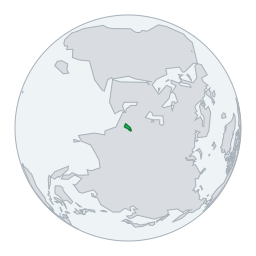 globe centered on Hilmand, rotated 112°
{"feature_id": "AFG-1750", "entity_name": "Hilmand", "entity_type": "Province", "adm_level": 1, "iso_a3": "AFG", "parent_name": "Afghanistan", "parent_adm1": "", "projection": "orthographic", "projection_center": [64.341, 31.376], "detail": "fine", "context": "on_globe", "style": "filled", "palette": "green", "viewbox_px": 256, "rotation_deg": 112, "n_neighbors": 0, "source": "natural_earth", "source_scale": "10m", "svg_char_len": 11321}
<svg xmlns="http://www.w3.org/2000/svg" viewBox="0 0 256 256"><g transform="rotate(112 128 128)"><circle cx="128" cy="128" r="113" fill="#eef3f6" stroke="#a8b0b8"/><path d="M146.4,16.9L146.8,17.0L156.6,19.6L162.0,21.1L159.0,20.6L170.8,24.2L177.6,27.5L168.5,23.5L166.4,22.9L170.3,24.8L169.1,24.7L170.3,25.6L168.5,25.4L163.3,23.4L162.0,23.4L164.8,24.7L164.8,25.6L160.8,23.6L160.3,25.0L151.6,22.7L142.4,18.5L136.1,18.2L122.9,16.8L122.7,17.3L117.5,17.4L115.3,18.1L113.5,17.9L113.3,18.7L115.4,18.7L116.0,19.1L114.9,19.6L112.4,19.4L112.6,19.1L111.3,19.3L110.5,19.1L110.2,19.5L107.3,19.3L108.5,20.3L104.8,20.8L103.3,20.6L105.7,19.5L108.0,17.4L107.2,17.4L103.7,18.0L92.6,21.1L91.3,21.5L98.9,19.2L106.7,17.4L114.6,16.2L122.5,15.5L130.5,15.4L138.5,15.8L146.4,16.9ZM86.8,23.2L89.9,22.0L88.8,22.7L92.8,21.5L96.1,21.2L93.3,22.5L88.7,24.2L86.0,24.7L83.9,25.6L84.6,26.2L77.6,28.8L69.7,33.3L68.2,34.1L68.5,32.9L73.4,29.6L73.6,29.3L86.8,23.2ZM72.6,29.9L71.2,30.9L67.3,33.1L65.6,34.2L64.5,35.0L65.0,34.8L63.1,36.0L64.2,35.2L72.6,29.9ZM166.1,22.4L163.9,21.5L166.5,22.5L166.1,22.4ZM170.8,25.8L171.8,26.1L172.0,26.5L170.8,25.8ZM97.5,20.6L96.8,20.9L96.5,20.8L97.5,20.6ZM99.5,20.2L99.7,19.9L100.7,19.6L100.5,19.8L99.5,20.2ZM169.3,26.6L169.3,27.3L168.4,26.2L169.3,26.6ZM99.0,20.6L102.4,19.3L104.1,18.9L105.0,19.4L99.0,20.6ZM168.7,27.4L168.7,29.3L170.9,30.1L164.4,29.1L166.6,27.7L165.2,26.2L167.2,27.2L168.7,27.4ZM116.5,18.5L114.3,18.5L117.2,18.1L116.5,18.5ZM118.2,18.2L126.3,17.1L129.1,17.6L125.9,17.7L130.3,18.3L127.7,19.0L124.7,19.0L123.4,18.4L123.4,19.2L118.2,18.2ZM160.9,28.4L160.1,28.7L159.9,28.1L160.9,28.4ZM116.5,19.3L117.9,18.9L120.4,19.3L118.1,20.1L118.0,19.7L116.5,19.3ZM132.8,18.1L134.2,18.6L132.6,19.4L132.9,19.8L127.9,19.1L132.8,18.1ZM116.9,19.9L116.9,20.5L114.7,20.9L115.3,19.7L116.9,19.9ZM122.0,19.0L123.1,19.3L121.8,19.4L122.0,19.0ZM106.9,22.7L108.5,22.1L109.9,22.2L106.9,22.7ZM117.0,20.8L117.8,20.7L118.5,20.7L118.1,21.2L117.0,20.8ZM127.1,19.8L126.1,20.1L129.0,20.1L127.9,20.8L124.8,20.3L125.6,20.8L125.3,21.1L123.1,20.4L127.1,19.8ZM119.9,21.9L115.5,21.8L112.2,22.9L110.9,22.8L116.4,21.1L119.9,21.9ZM122.0,21.1L120.4,21.5L119.4,21.1L120.0,20.5L122.0,21.1ZM128.2,21.5L130.8,20.5L131.4,20.7L128.2,21.5ZM119.1,22.3L120.2,22.3L119.0,22.4L119.1,22.3ZM125.6,21.8L126.5,21.4L127.1,21.6L125.6,21.8ZM121.6,22.8L120.2,22.7L120.5,22.3L121.6,22.8ZM123.6,22.4L124.3,22.8L121.5,22.2L123.9,22.2L123.6,22.4ZM126.1,22.0L126.8,22.0L125.7,22.2L126.1,22.0ZM121.2,24.8L117.6,24.1L118.3,23.0L121.7,23.8L121.2,24.8ZM19.5,130.6L20.1,111.5L22.4,107.3L24.7,100.4L42.0,87.9L43.6,91.7L54.8,96.5L55.8,98.3L52.3,103.2L58.9,115.2L63.7,112.0L72.0,119.7L78.9,121.8L85.3,112.1L74.0,108.3L74.3,102.5L85.1,101.0L95.3,104.7L95.8,102.6L91.2,96.3L95.4,93.4L89.8,93.8L90.7,96.4L87.2,96.9L86.2,94.6L87.7,93.6L85.2,91.7L78.5,97.6L78.6,100.8L70.8,99.3L70.3,104.7L67.5,106.1L67.3,97.5L68.8,95.1L66.7,84.8L64.5,87.2L66.2,97.2L64.8,95.8L61.8,99.6L63.0,95.6L61.7,84.5L55.9,82.9L45.2,89.3L42.5,88.0L41.7,83.8L49.0,74.4L54.2,78.5L56.8,75.7L58.6,69.7L60.0,71.6L61.4,69.8L63.7,71.3L69.6,68.9L72.3,70.1L77.4,65.1L79.5,65.2L75.9,68.0L74.9,70.7L81.9,74.0L84.1,73.5L86.8,70.2L88.4,71.7L90.1,68.1L95.5,68.6L90.4,65.1L93.5,61.6L98.2,60.0L98.3,58.3L90.6,61.0L88.3,62.7L87.9,65.1L81.0,69.9L78.0,69.7L81.7,62.7L77.9,61.8L82.5,57.2L100.4,52.0L106.6,52.2L110.9,59.8L107.9,61.6L104.9,59.6L105.2,64.6L106.4,62.7L107.7,64.1L111.0,61.5L112.1,62.4L113.3,58.5L115.0,59.3L114.2,61.8L120.5,59.1L124.8,60.3L125.7,59.3L125.4,57.9L131.1,60.6L131.5,59.8L129.8,58.5L129.5,56.1L131.2,53.0L133.1,54.1L132.7,55.4L134.7,59.9L133.5,63.3L134.4,63.5L135.9,60.8L133.5,55.3L134.0,53.1L135.6,55.5L135.0,54.5L135.9,53.8L138.4,54.2L136.8,51.6L143.4,43.6L149.0,44.0L149.7,46.8L156.3,43.4L162.1,44.7L160.5,43.5L162.6,41.5L160.8,41.0L160.2,40.3L164.8,35.6L167.3,35.6L167.5,32.8L166.7,32.3L164.8,32.0L164.4,29.1L170.9,30.1L172.4,31.3L175.5,31.4L178.5,34.1L182.3,36.7L183.8,40.1L186.8,42.1L187.6,42.0L192.2,44.8L198.8,51.7L189.7,46.7L179.1,37.9L183.1,41.4L181.1,40.9L181.8,42.4L184.7,45.0L185.8,45.1L184.6,51.9L189.4,60.6L191.8,58.6L195.2,60.0L202.7,69.7L205.3,86.8L209.8,90.2L211.4,93.2L210.2,96.3L207.9,91.9L205.0,91.5L203.9,88.7L201.3,92.7L199.6,88.9L198.3,94.1L200.9,96.5L203.8,94.2L203.5,100.7L208.9,104.2L211.6,110.4L209.3,124.4L204.0,130.5L204.1,132.7L200.9,131.5L198.3,136.8L205.5,146.0L205.8,149.3L200.8,157.5L200.4,155.2L192.0,152.0L191.6,160.0L198.0,164.3L200.2,170.8L195.8,170.1L193.4,164.5L190.4,163.1L190.4,156.3L186.4,147.1L181.9,150.3L181.5,146.2L175.3,138.9L168.3,143.1L157.8,155.9L157.6,166.3L153.5,171.2L145.3,157.2L143.1,147.0L139.2,148.2L131.6,139.6L115.7,138.7L114.3,135.8L111.1,136.9L105.9,133.6L104.1,128.9L100.5,128.7L105.6,141.1L109.6,141.4L114.0,137.3L114.6,141.5L119.8,145.6L111.0,154.8L88.9,160.4L88.1,152.4L78.7,127.7L79.8,125.4L79.8,125.1L79.8,124.6L77.5,128.2L76.3,123.3L79.8,140.2L79.8,146.9L88.5,160.8L87.4,161.8L90.6,164.9L102.8,163.8L102.5,166.3L95.9,177.0L80.3,188.8L83.2,198.7L83.5,206.0L75.7,208.6L78.3,214.2L74.6,214.7L75.6,217.4L73.7,219.2L69.8,219.7L61.0,215.7L58.9,213.1L52.2,206.0L42.2,189.6L42.7,184.4L41.3,178.7L35.1,163.0L36.4,156.8L35.1,152.8L32.3,151.5L31.0,146.6L29.5,145.2L21.0,138.5L19.5,130.6ZM33.6,96.6L32.6,98.5L33.6,96.6ZM104.7,114.2L111.8,115.8L111.1,108.5L113.8,108.6L112.6,106.3L111.0,108.0L108.5,101.6L112.5,100.2L112.9,97.2L110.5,96.5L103.7,100.2L107.3,109.3L104.6,111.8L104.7,114.2ZM67.2,33.2L67.0,33.3L65.5,34.4L65.7,34.2L67.2,33.2ZM62.2,37.6L59.4,39.5L61.5,37.9L61.2,37.9L65.2,34.8L67.6,34.3L65.8,35.0L62.2,37.6ZM71.3,30.9L68.5,32.7L71.5,30.8L71.3,30.9ZM66.8,59.5L66.6,61.3L64.4,62.9L61.0,62.2L64.2,59.8L66.8,59.5ZM66.9,63.5L71.6,57.2L73.9,57.6L71.8,58.4L72.9,59.3L69.8,60.9L67.4,67.8L65.3,69.7L60.1,66.9L63.0,66.7L63.0,64.8L66.9,63.5ZM79.4,43.0L81.5,41.0L83.9,44.4L81.7,45.9L78.1,45.1L78.6,42.9L79.4,43.0ZM100.0,22.1L100.6,21.6L101.3,21.6L101.3,22.0L100.0,22.1ZM107.5,22.4L97.9,24.4L98.2,23.8L92.3,26.0L90.6,25.5L94.5,24.1L88.8,25.5L91.6,24.0L87.7,25.2L96.5,22.1L98.8,21.1L96.9,22.3L98.3,22.7L99.7,22.6L105.2,21.6L110.9,19.9L113.2,20.3L113.4,21.0L112.4,21.5L111.2,21.0L110.7,22.0L108.1,21.7L107.5,22.4ZM113.8,33.2L112.8,31.9L111.4,35.0L108.9,34.2L108.9,34.6L106.1,34.9L102.8,36.0L102.0,35.4L101.1,36.1L99.3,36.3L97.7,37.2L95.7,36.5L93.6,37.5L93.8,36.6L90.8,38.6L92.1,36.9L89.9,37.3L89.8,38.7L82.6,34.6L78.6,34.6L74.5,35.7L77.4,33.0L83.0,30.4L89.6,28.6L93.0,29.1L93.7,27.9L95.5,27.9L94.2,28.8L97.4,27.4L98.5,27.7L104.4,26.9L108.1,25.1L110.3,24.9L109.5,25.7L112.3,24.9L112.1,26.5L113.7,26.5L115.2,28.1L112.5,30.1L114.5,29.9L115.7,31.4L113.8,33.2ZM121.5,25.2L119.0,27.4L116.3,28.2L114.9,25.0L113.5,24.9L112.5,23.2L116.4,22.2L116.3,22.7L117.1,23.1L115.6,23.2L117.4,23.3L117.4,24.2L118.8,24.5L117.6,25.1L121.5,25.2ZM58.4,97.2L59.4,98.1L61.4,98.8L59.5,101.4L58.4,97.2ZM57.3,89.6L58.5,89.9L56.8,93.5L55.7,92.7L57.3,89.6ZM60.6,87.0L58.7,89.6L59.0,87.7L60.6,87.0ZM77.1,68.1L78.5,68.3L78.1,69.2L76.7,70.1L77.1,68.1ZM109.1,43.5L109.0,42.3L109.8,42.1L111.7,39.6L113.7,40.1L113.3,41.9L109.1,43.5ZM82.6,113.3L79.7,114.7L79.1,113.3L80.2,113.1L82.6,113.3ZM68.4,108.0L71.0,110.6L67.9,108.7L68.4,108.0ZM111.7,43.6L112.2,42.5L112.9,43.5L111.7,43.6ZM115.3,40.4L116.3,41.4L114.2,39.9L115.3,40.4ZM134.0,238.8L135.5,239.1L133.6,239.2L134.0,238.8ZM102.0,208.2L97.7,219.3L92.6,218.5L90.4,214.8L91.2,207.8L96.8,206.6L99.2,203.4L102.0,208.2ZM218.6,177.4L220.4,176.6L220.3,177.1L218.6,177.4ZM216.7,177.3L219.0,176.0L216.1,178.4L216.7,177.3ZM219.8,175.5L222.1,173.2L223.1,171.8L222.9,172.8L219.8,175.5ZM215.0,178.2L205.4,182.8L201.4,183.4L202.6,181.4L209.1,179.0L215.0,178.2ZM202.2,181.5L195.8,179.4L185.7,168.9L189.3,168.1L199.6,173.1L199.0,174.7L202.9,176.8L202.2,181.5ZM217.0,166.4L216.3,170.9L211.2,173.2L208.8,173.7L207.1,169.1L208.0,165.8L210.1,165.0L217.1,151.6L219.7,152.6L217.8,157.8L219.9,160.4L217.0,166.4ZM158.2,167.2L161.3,172.8L158.9,174.1L158.2,167.2ZM219.1,143.2L216.8,149.1L218.6,141.9L219.1,143.2ZM219.7,136.9L220.2,139.0L218.8,137.5L219.7,136.9ZM204.8,135.8L202.6,137.3L202.2,135.7L204.7,132.9L204.8,135.8ZM213.6,115.7L214.9,120.3L215.0,122.1L213.4,119.8L213.6,115.7ZM129.8,48.5L124.9,51.2L122.7,53.9L123.6,56.5L120.2,54.2L123.6,50.0L129.8,48.5ZM141.6,44.0L140.7,42.1L142.5,42.4L142.9,42.8L141.6,44.0ZM140.1,43.2L136.5,42.0L137.0,40.5L139.7,41.8L140.1,43.2ZM124.0,42.3L122.4,43.0L121.9,42.2L124.0,42.3ZM216.6,197.5L216.4,197.8L202.3,211.7L200.1,212.8L202.5,210.2L204.3,204.9L205.2,204.5L207.0,200.0L216.5,190.9L223.8,178.9L226.8,176.5L230.5,168.1L232.9,165.4L231.0,171.2L232.1,170.9L236.3,157.6L235.1,163.0L232.4,170.4L229.1,177.6L225.4,184.5L221.3,191.2L216.6,197.5ZM223.1,174.7L226.0,169.7L227.3,168.4L223.1,174.7ZM238.2,151.3L238.1,150.5L236.8,155.3L234.7,158.8L235.6,156.0L235.6,153.5L232.6,156.2L232.1,155.0L233.3,152.4L231.0,153.3L233.6,149.7L234.4,152.6L235.7,147.9L237.5,145.9L238.8,144.4L239.2,145.0L238.9,146.7L238.8,148.1L238.2,151.3ZM233.1,158.5L233.5,158.0L233.0,159.6L233.1,158.5ZM239.9,141.3L239.7,142.8L239.5,143.8L240.2,137.8L240.2,137.7L239.9,141.3ZM240.3,137.1L240.3,136.4L240.4,135.6L240.3,137.1ZM227.9,160.1L227.7,161.3L227.0,161.1L227.9,160.1ZM228.9,158.6L231.1,157.8L228.7,159.8L228.9,158.6ZM221.2,160.5L222.0,162.6L224.5,159.2L222.6,163.0L224.1,166.1L223.4,168.1L222.0,164.6L221.0,169.8L219.9,170.5L219.5,166.8L220.8,161.0L222.0,158.1L226.4,154.1L221.2,160.5ZM229.0,155.4L228.4,152.9L228.8,150.4L229.5,151.5L229.0,155.4ZM226.1,146.9L223.9,144.6L222.3,147.2L225.2,139.7L226.9,143.1L226.1,146.9ZM223.6,140.0L222.2,142.4L223.4,138.3L223.6,140.0ZM221.6,141.4L221.0,139.0L222.4,138.5L221.6,141.4ZM224.5,139.5L224.1,135.0L225.1,137.1L224.5,139.5ZM219.4,133.6L223.0,136.0L219.0,136.6L216.9,128.3L218.5,127.1L219.4,133.6ZM216.3,94.0L214.9,91.9L215.8,90.4L216.5,92.2L216.3,94.0ZM217.3,84.3L215.5,89.3L213.8,93.7L215.2,94.1L216.4,98.6L213.4,95.9L213.3,89.9L214.9,87.4L213.4,83.8L213.5,80.4L210.9,76.6L210.4,74.3L213.3,77.0L217.3,84.3ZM209.6,75.1L205.0,68.1L207.5,67.3L209.1,68.6L210.1,72.1L208.8,72.3L209.6,75.1ZM204.7,66.3L203.3,66.5L193.7,58.6L192.3,56.8L200.9,61.9L200.1,62.5L202.0,64.7L204.7,66.3ZM161.2,29.2L160.2,28.7L161.3,28.8L161.2,29.2ZM159.2,40.1L158.6,39.1L160.0,39.1L159.2,40.1ZM157.6,36.5L156.5,37.2L156.9,36.0L157.6,36.5ZM154.2,38.8L155.7,37.2L155.3,39.4L154.2,38.8Z" fill="#d9dde1" stroke="#a8b0b8" stroke-width="1"/><path d="M128.3,131.5L128.2,131.5L127.8,131.7L127.7,131.7L127.7,131.8L127.4,131.8L127.1,131.8L126.7,131.7L126.4,131.7L126.2,131.7L125.9,131.8L125.7,131.8L125.4,131.8L125.2,131.8L125.2,130.9L125.2,130.7L125.3,130.6L125.3,130.4L125.4,130.2L125.5,130.2L125.7,129.9L125.8,129.8L125.9,129.7L125.9,129.4L125.9,129.2L126.0,129.2L126.0,128.9L126.1,128.7L126.3,128.5L126.3,128.4L126.3,128.2L126.3,127.8L126.4,127.2L126.5,127.0L126.6,126.9L126.7,126.7L126.7,126.4L126.8,126.3L126.9,126.2L127.0,126.2L127.3,126.0L127.4,125.9L127.5,125.9L127.4,125.8L127.4,125.7L127.5,125.6L127.8,125.6L127.9,125.4L128.0,125.3L128.0,125.2L128.4,125.0L128.3,124.9L128.4,124.7L128.5,124.7L128.6,124.4L128.8,124.4L129.0,124.3L129.2,124.2L129.3,124.1L129.5,124.1L129.6,124.3L129.7,124.5L129.5,124.8L129.4,125.0L129.4,125.3L129.4,125.5L129.5,125.4L129.5,125.5L129.5,125.8L129.5,126.0L129.4,126.3L129.3,126.5L129.2,126.7L129.0,126.8L128.9,126.9L128.8,127.0L128.8,127.3L128.8,127.5L128.7,127.6L128.7,127.8L128.6,128.2L128.6,128.3L128.6,129.3L128.5,129.9L128.5,130.3L128.3,131.5L128.3,131.5Z" fill="#22c55e" stroke="#15803d" stroke-width="1.5"/></g></svg>